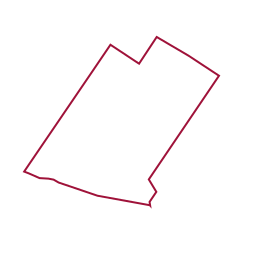 outline of Indian River, Florida, United States of America, rotated 124°
{"feature_id": "52423323B47137025507841", "entity_name": "Indian River", "entity_type": "district", "adm_level": 2, "iso_a3": "USA", "parent_name": "United States of America", "parent_adm1": "Florida", "projection": "natural_earth1", "projection_center": [-80.532, 27.709], "detail": "fine", "context": "isolated", "style": "outline", "palette": "rose", "viewbox_px": 256, "rotation_deg": 124, "n_neighbors": 0, "source": "geoboundaries", "source_scale": "gbopen_adm2", "svg_char_len": 405}
<svg xmlns="http://www.w3.org/2000/svg" viewBox="0 0 256 256"><g transform="rotate(124 128 128)"><path d="M222.2,189.7L221.1,184.9L219.0,173.3L214.5,165.7L212.4,160.8L212.0,155.0L201.2,115.4L179.8,66.7L179.9,66.3L177.2,68.8L165.1,68.8L159.0,82.0L38.0,81.8L33.8,81.8L34.2,118.0L36.5,155.1L68.5,154.8L68.8,189.1L101.6,189.2L213.1,189.7L222.2,189.7Z" fill="none" stroke="#9f1239" stroke-width="2"/></g></svg>